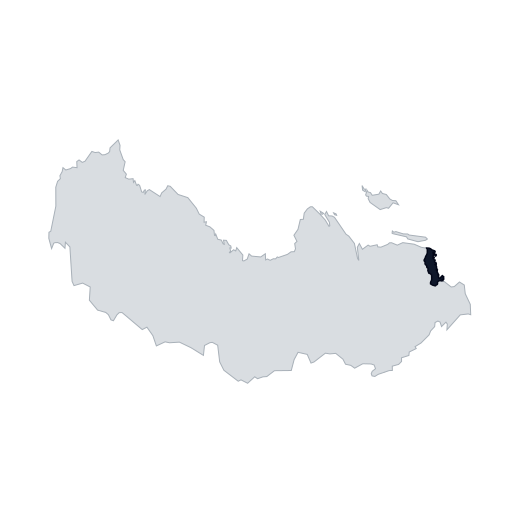 Sweden, with Blekinge highlighted, rotated 257°
{"feature_id": "SWE-262", "entity_name": "Blekinge", "entity_type": "County", "adm_level": 1, "iso_a3": "SWE", "parent_name": "Sweden", "parent_adm1": "", "projection": "natural_earth1", "projection_center": [15.198, 56.256], "detail": "fine", "context": "in_parent", "style": "filled", "palette": "ink", "viewbox_px": 512, "rotation_deg": 257, "n_neighbors": 0, "source": "natural_earth", "source_scale": "10m", "svg_char_len": 6426}
<svg xmlns="http://www.w3.org/2000/svg" viewBox="0 0 512 512"><g transform="rotate(257 256 256)"><path d="M117.5,343.3L119.3,347.1L123.2,346.6L124.9,343.9L127.0,335.8L124.5,326.9L128.1,323.8L130.4,318.9L135.9,317.5L143.2,311.8L144.0,305.9L145.7,301.7L139.7,288.7L139.3,285.5L148.6,283.8L152.7,275.3L146.4,269.8L136.5,264.6L140.1,248.2L136.1,239.4L136.7,235.6L136.1,229.9L138.6,227.6L133.9,219.2L138.7,213.5L138.0,210.5L151.9,199.0L161.0,196.8L177.7,198.6L181.7,194.0L181.9,191.5L180.4,185.7L171.0,182.4L181.3,172.0L189.3,162.0L190.9,152.3L192.8,148.1L190.8,138.7L201.6,137.6L211.2,133.7L209.9,128.6L231.0,112.8L231.6,110.0L230.0,107.3L225.0,102.5L226.4,100.3L232.0,99.0L234.8,96.9L238.9,89.5L250.4,83.7L263.1,87.5L268.6,81.0L268.1,72.0L272.7,71.1L306.7,76.7L312.3,73.4L306.5,71.6L312.1,68.0L313.7,65.8L314.2,63.2L314.0,61.8L309.2,58.5L319.8,58.1L325.7,59.6L326.3,61.6L349.6,72.2L368.1,76.4L373.4,79.5L375.4,82.8L378.3,83.0L381.8,86.1L385.5,87.8L382.6,90.0L382.9,95.0L383.9,97.2L382.3,101.5L388.3,102.6L389.4,105.2L386.3,107.8L386.8,110.7L394.8,119.6L393.0,122.5L392.6,126.1L389.1,128.8L388.7,131.6L389.5,135.2L390.7,136.9L394.2,138.1L400.1,147.8L394.4,148.4L390.0,147.1L379.8,148.3L377.3,149.7L369.3,145.9L364.9,148.1L361.8,146.2L359.5,149.3L359.0,153.6L355.3,153.2L356.7,154.9L351.8,155.5L351.4,156.1L352.5,157.2L351.0,158.5L344.2,159.0L343.3,160.4L345.3,162.0L345.3,163.1L340.9,161.5L344.0,164.7L344.7,167.0L335.5,175.9L338.7,178.3L341.4,183.4L344.3,185.8L343.2,188.1L333.5,193.9L328.2,202.7L316.0,208.6L309.6,210.1L305.5,214.3L300.6,213.0L300.5,215.4L297.3,213.9L294.8,217.6L290.4,220.8L285.5,220.2L285.0,220.8L286.5,221.7L280.9,222.5L279.3,225.8L275.2,226.7L274.5,227.7L278.7,227.9L277.9,230.6L273.1,232.0L271.4,233.7L269.3,233.6L269.7,232.3L266.5,232.4L265.5,230.9L264.9,231.3L267.1,235.6L265.5,237.4L268.5,239.1L259.9,243.4L254.5,241.8L253.9,243.1L255.0,246.8L259.7,249.7L256.9,251.7L254.0,260.4L256.1,265.6L250.0,264.5L250.5,266.5L248.6,268.8L249.4,272.2L248.8,274.5L250.3,276.5L249.5,277.5L250.5,287.0L252.2,291.1L251.6,294.3L254.1,296.1L259.4,296.5L261.0,299.2L267.7,297.6L272.5,302.9L281.6,307.4L281.1,310.4L286.9,312.6L290.3,316.6L291.7,320.0L291.3,322.0L282.4,327.7L275.6,331.5L268.5,333.8L268.8,334.7L272.4,335.1L280.9,332.3L283.5,334.7L278.8,335.8L277.9,339.1L276.0,341.2L257.0,348.6L254.5,350.9L246.1,354.7L230.8,354.4L228.5,355.2L241.7,356.7L244.9,359.5L238.6,361.2L241.4,367.7L239.8,369.3L239.7,376.6L237.5,376.7L236.5,379.7L237.7,387.0L238.8,389.0L238.4,391.1L234.8,396.1L236.0,402.0L231.9,412.8L227.3,419.0L223.8,427.4L219.8,430.4L215.1,428.5L208.1,429.6L195.3,429.3L193.7,430.1L194.6,433.2L190.0,432.7L181.9,439.2L181.6,442.3L184.9,448.4L180.9,452.4L172.2,451.4L160.7,453.9L150.5,452.0L151.8,449.8L152.7,441.8L141.1,425.4L146.6,427.1L148.8,426.2L145.5,420.9L150.2,420.5L151.7,418.6L150.9,415.5L147.0,414.2L143.7,409.3L140.2,406.9L134.1,397.2L131.9,390.6L129.8,391.3L128.0,383.7L124.7,382.6L124.1,374.9L120.5,374.1L118.3,370.6L118.0,364.0L113.8,363.1L114.4,360.0L113.2,348.4L111.9,344.7L113.1,342.1L115.4,341.8L117.5,343.3ZM295.0,379.0L293.1,379.7L292.0,381.8L289.0,382.9L288.6,389.6L291.3,392.1L288.5,393.2L286.6,396.8L281.5,399.2L279.4,401.4L278.4,404.7L273.9,406.4L277.0,401.5L272.7,395.9L273.8,393.9L273.3,387.4L282.5,379.2L286.7,378.2L288.7,379.1L289.5,377.1L290.9,376.6L295.0,379.0ZM236.2,425.4L234.0,426.8L233.2,424.8L233.5,417.0L238.5,407.7L240.8,407.0L246.9,394.5L247.6,393.7L249.7,394.5L248.2,395.6L248.3,397.8L244.4,404.5L243.3,408.8L242.0,409.9L236.2,425.4ZM296.8,376.4L296.4,378.3L294.1,376.8L296.2,374.7L300.8,375.2L296.8,376.4ZM285.2,328.6L282.3,331.5L281.7,330.3L282.3,328.9L285.2,328.6ZM279.0,343.5L277.5,343.7L278.6,341.8L280.6,341.3L279.0,343.5Z" fill="#d9dde1" stroke="#a8b0b8" stroke-width="1"/><path d="M225.4,424.0L224.7,426.5L224.3,426.7L224.2,427.0L224.1,427.3L224.0,427.5L223.6,427.9L222.7,428.5L222.3,428.9L220.9,431.1L220.4,431.5L220.0,431.5L219.6,431.2L218.9,430.9L219.6,429.9L219.8,429.3L219.3,429.1L218.1,429.4L217.6,429.4L217.1,428.9L216.9,429.0L216.7,428.9L216.4,428.7L216.1,428.6L215.8,428.3L215.6,428.3L215.2,428.5L214.7,429.0L214.3,429.3L213.9,428.9L214.1,428.7L214.3,428.3L214.4,428.0L214.2,427.8L213.8,427.9L212.9,428.5L212.0,428.8L211.8,429.0L211.8,429.5L211.7,429.6L211.2,429.3L211.0,429.1L210.8,428.9L210.6,428.8L210.2,428.7L209.9,428.7L209.6,428.9L209.2,429.3L209.1,429.6L209.1,429.8L207.9,429.9L207.6,429.9L207.3,429.7L207.8,429.5L208.0,429.5L207.8,429.2L207.3,428.5L206.8,429.0L205.9,429.4L204.9,429.5L204.2,429.2L203.8,429.1L203.6,429.2L203.5,429.3L202.6,429.3L202.4,429.2L202.3,428.7L202.2,428.5L201.4,428.6L201.2,428.7L201.3,428.9L201.5,429.3L201.5,429.5L200.1,429.0L199.3,428.9L198.7,429.2L198.2,429.3L197.4,429.2L196.8,429.2L196.9,429.7L196.4,429.8L196.0,429.6L195.6,429.3L195.1,429.1L193.9,429.1L193.4,429.3L193.0,429.7L192.9,430.0L192.9,430.3L192.9,430.6L193.1,430.8L193.4,430.8L193.6,431.1L193.7,431.4L193.8,431.6L194.5,432.3L194.7,432.7L194.9,433.2L194.7,433.3L194.4,433.5L194.1,433.7L193.9,434.0L193.7,434.1L193.5,433.6L193.0,433.6L192.8,433.9L192.7,434.0L192.3,433.9L192.2,433.8L191.5,433.8L191.3,433.8L191.2,433.7L191.5,433.4L191.3,433.2L191.2,433.0L191.1,432.8L191.1,432.4L190.6,432.8L190.3,432.6L190.2,432.5L190.3,432.4L190.0,432.5L189.9,432.5L190.0,431.2L190.3,430.5L190.6,430.0L190.7,429.5L190.6,428.8L190.5,428.1L190.0,427.2L189.8,427.0L189.7,426.9L189.2,426.9L188.9,426.8L188.6,426.8L188.4,426.7L187.7,426.4L187.5,426.2L187.4,425.7L187.3,425.3L187.1,424.9L186.6,424.2L186.7,423.7L187.7,421.9L188.0,421.4L189.6,419.8L190.9,420.1L191.7,420.6L192.5,421.3L193.4,421.8L194.0,422.0L197.3,422.7L197.9,422.7L198.4,422.6L199.2,422.1L200.0,421.3L200.2,421.1L200.2,420.8L200.3,420.7L200.5,420.5L201.7,420.4L202.8,420.2L203.2,420.2L203.6,420.3L204.3,420.6L204.8,420.8L205.2,420.8L205.5,420.8L205.6,420.7L205.8,420.4L206.0,420.2L206.7,419.9L207.2,419.9L207.8,420.1L208.2,420.1L208.4,420.0L208.9,419.6L209.6,419.1L210.2,419.0L210.7,419.0L211.2,419.2L212.4,419.4L212.6,419.4L212.8,419.4L212.9,419.2L213.0,419.0L213.3,418.8L213.5,418.8L213.9,418.8L214.4,419.0L216.0,420.4L217.4,421.2L219.1,422.8L220.5,423.6L223.4,424.3L224.1,424.4L224.6,424.3L224.8,424.1L225.3,424.0L225.4,424.0ZM216.9,430.6L217.2,430.6L217.5,430.6L217.4,430.7L217.2,430.9L216.8,431.0L216.9,431.5L216.9,431.8L216.5,431.9L216.4,431.9L215.7,431.4L215.5,431.0L215.8,430.5L216.1,430.4L216.2,430.5L216.4,430.6L216.7,430.6L216.9,430.6Z" fill="#0f172a" stroke="#020617" stroke-width="1.5"/></g></svg>